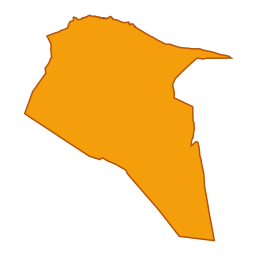 Klæbu nor, Sør-Trøndelag, Norway (Mercator projection)
{"feature_id": "86288312B3203953779566", "entity_name": "Klæbu nor", "entity_type": "district", "adm_level": 2, "iso_a3": "NOR", "parent_name": "Norway", "parent_adm1": "Sør-Trøndelag", "projection": "mercator", "projection_center": [10.509, 63.25], "detail": "fine", "context": "isolated", "style": "filled", "palette": "amber", "viewbox_px": 256, "rotation_deg": 0, "n_neighbors": 0, "source": "geoboundaries", "source_scale": "gbopen_adm2", "svg_char_len": 4714}
<svg xmlns="http://www.w3.org/2000/svg" viewBox="0 0 256 256"><path d="M231.3,58.0L228.7,56.2L226.8,55.7L226.0,55.6L224.1,55.1L222.7,55.0L220.1,54.5L216.4,53.3L215.8,53.1L212.5,52.1L210.7,51.6L205.8,50.7L204.1,50.3L202.1,49.7L199.8,48.8L199.6,48.8L195.9,48.8L191.7,48.8L189.2,48.3L180.9,47.7L175.8,46.3L171.4,44.7L169.7,44.2L165.4,44.1L156.7,39.6L153.5,37.6L152.2,36.9L151.3,36.8L150.6,36.2L144.8,33.0L143.1,31.8L139.6,29.8L135.4,27.0L134.9,27.0L134.9,26.9L134.9,26.7L135.0,26.5L134.9,26.5L134.8,26.1L134.5,26.1L134.4,26.0L134.3,25.8L134.1,25.6L133.9,25.5L133.8,25.4L133.7,25.1L133.6,24.9L133.5,24.7L133.2,24.5L133.2,24.3L133.1,24.1L132.9,24.1L132.7,24.1L132.4,24.1L132.1,23.9L131.8,23.9L131.7,23.9L131.6,24.2L131.3,24.4L131.1,24.5L130.8,24.6L130.4,24.6L130.1,24.7L129.8,24.7L129.7,24.6L129.8,24.4L129.6,24.4L129.9,24.3L129.9,24.2L129.7,24.1L129.8,24.0L129.9,23.9L129.5,23.6L129.2,23.6L129.3,23.5L129.1,23.3L129.2,23.1L129.0,22.6L129.0,22.4L128.8,22.3L128.6,22.3L128.3,22.1L128.1,22.1L128.0,22.3L127.7,22.2L127.4,22.3L127.1,22.3L125.2,22.7L121.6,22.1L119.8,21.3L119.5,21.1L118.3,20.6L117.9,20.3L117.5,20.2L117.2,20.0L116.9,20.0L116.8,19.9L116.2,19.8L115.6,19.9L115.0,19.7L114.7,19.6L114.1,19.3L113.8,19.3L113.7,19.4L113.4,19.4L113.2,19.3L113.1,19.2L112.8,19.1L112.7,19.0L112.7,18.8L112.5,18.5L112.5,18.3L112.4,18.1L112.2,17.9L111.9,17.7L111.6,17.5L111.5,17.4L111.4,17.4L111.3,17.0L111.2,16.8L110.9,16.8L110.6,16.9L110.4,16.8L110.3,16.6L110.2,16.5L109.6,16.9L109.3,17.1L108.8,17.3L108.7,17.5L108.4,17.7L108.3,18.1L108.2,18.2L107.9,18.2L107.7,18.3L107.5,18.2L107.1,18.4L106.8,18.4L106.6,18.3L106.4,18.4L106.2,18.4L105.8,18.2L105.6,18.4L105.5,18.7L105.4,18.6L105.2,18.6L105.1,18.4L105.2,18.2L104.9,18.2L104.3,17.9L104.1,18.1L103.7,17.8L103.5,17.7L103.3,17.8L103.3,18.0L103.1,18.3L103.1,18.5L102.6,18.3L102.7,18.2L102.4,17.9L102.2,18.0L101.9,17.9L101.3,17.8L101.0,17.9L100.7,17.7L100.5,17.9L100.3,18.0L100.2,18.0L100.2,17.9L100.1,17.7L100.0,17.4L99.9,17.5L99.4,17.4L99.2,17.7L98.9,17.5L98.7,17.2L98.1,16.9L98.0,16.7L97.8,16.7L97.5,16.8L97.1,16.9L96.8,16.8L96.6,16.8L96.2,16.7L95.9,16.8L95.7,16.6L95.2,16.5L95.0,16.3L94.9,16.1L94.7,16.0L94.5,16.3L94.1,16.5L93.6,16.5L93.4,16.4L93.1,16.5L92.9,16.4L92.7,16.3L92.6,16.2L92.0,16.2L91.3,15.9L90.7,15.8L90.2,15.4L89.8,15.4L89.6,15.4L89.6,15.5L89.3,15.5L89.2,15.6L88.8,15.6L88.3,15.6L88.1,16.1L87.9,16.1L87.6,16.6L87.3,16.7L86.8,16.7L86.4,16.7L86.4,16.8L86.3,17.0L85.6,17.1L85.3,17.4L85.1,17.5L84.1,17.5L83.9,17.6L83.5,18.0L82.7,18.0L82.4,17.8L82.2,17.9L82.1,18.0L82.0,18.4L81.8,18.6L81.5,18.8L81.2,19.0L81.0,19.3L80.9,19.4L80.6,19.3L80.4,19.3L79.4,19.4L78.9,19.5L78.6,19.5L77.7,19.7L77.4,19.7L77.2,19.3L77.1,19.2L76.8,19.0L76.8,18.9L76.8,18.7L76.8,18.4L76.6,18.2L76.2,18.0L76.2,17.9L75.8,17.6L75.3,17.6L74.8,17.6L74.5,17.5L73.8,17.1L73.4,17.4L73.2,17.8L73.3,18.3L73.5,18.9L73.6,19.2L73.3,20.2L73.2,20.4L73.1,20.6L72.7,20.8L71.6,21.0L70.7,21.4L70.0,21.8L69.7,22.0L69.1,23.4L68.7,24.5L68.1,25.5L68.1,25.8L68.1,26.5L67.9,27.3L67.7,27.7L64.3,29.5L61.0,30.5L60.4,30.8L59.8,31.3L57.8,32.2L57.4,32.3L57.0,32.5L56.5,32.5L56.1,32.6L54.8,33.1L50.7,34.6L47.0,36.1L47.6,37.3L47.8,37.7L48.5,39.0L49.2,40.3L49.6,41.0L49.8,41.6L50.5,42.7L50.8,44.1L51.2,45.2L50.8,49.4L51.4,55.2L51.6,56.6L51.6,56.9L51.6,57.0L51.7,57.3L51.7,57.5L51.4,57.6L51.2,57.9L51.1,58.1L50.9,58.2L50.9,58.3L50.7,58.4L50.5,58.6L50.5,58.8L50.4,58.9L50.3,59.0L50.4,59.3L50.5,59.6L50.3,59.9L50.3,60.0L50.2,60.1L50.2,60.3L50.1,60.5L48.8,63.1L47.0,65.9L46.4,66.6L45.2,68.0L45.7,73.3L39.4,82.1L37.6,84.7L32.7,91.5L28.7,102.6L24.7,113.6L30.8,117.8L46.1,127.8L71.2,144.4L83.2,152.2L89.0,156.1L100.0,159.6L100.4,159.1L101.5,158.4L102.6,157.9L106.9,160.5L116.4,164.6L117.5,165.3L120.1,166.8L122.9,168.4L125.6,169.8L127.7,174.1L158.4,209.5L179.4,236.4L214.3,240.6L212.1,228.2L209.5,214.8L206.2,195.2L204.6,186.8L203.8,174.0L202.9,169.5L201.5,162.9L201.0,159.2L200.0,156.7L199.8,154.9L199.4,150.5L199.2,148.4L198.6,145.3L198.0,142.7L197.7,142.2L196.1,141.6L191.3,145.9L191.4,142.8L191.6,140.8L191.8,139.9L193.0,137.8L193.2,136.8L193.6,133.6L193.5,133.3L193.8,131.4L193.8,130.9L194.3,129.2L194.5,128.2L194.3,127.4L194.1,126.9L193.9,125.8L194.1,123.8L194.1,123.4L193.8,122.3L193.3,121.5L193.0,120.5L192.7,106.8L191.1,105.9L175.0,98.3L174.0,97.7L174.1,97.3L174.1,97.1L174.0,96.7L174.0,96.0L174.1,95.7L174.2,95.3L174.2,95.0L174.3,94.7L174.3,94.1L174.3,93.6L174.0,93.1L174.0,92.9L174.1,92.6L174.2,92.1L174.2,91.9L174.1,91.7L174.1,91.1L174.0,90.8L173.9,90.5L173.8,89.9L173.7,89.8L173.7,89.2L173.4,88.5L173.4,88.2L173.2,87.7L172.9,87.1L172.8,86.8L172.6,86.7L173.1,83.6L175.2,78.7L185.3,68.6L187.6,66.5L196.4,58.6L199.1,58.3L201.2,58.6L202.2,59.1L206.1,58.3L227.0,58.1L231.3,58.0Z" fill="#f59e0b" stroke="#b45309" stroke-width="1.5"/></svg>